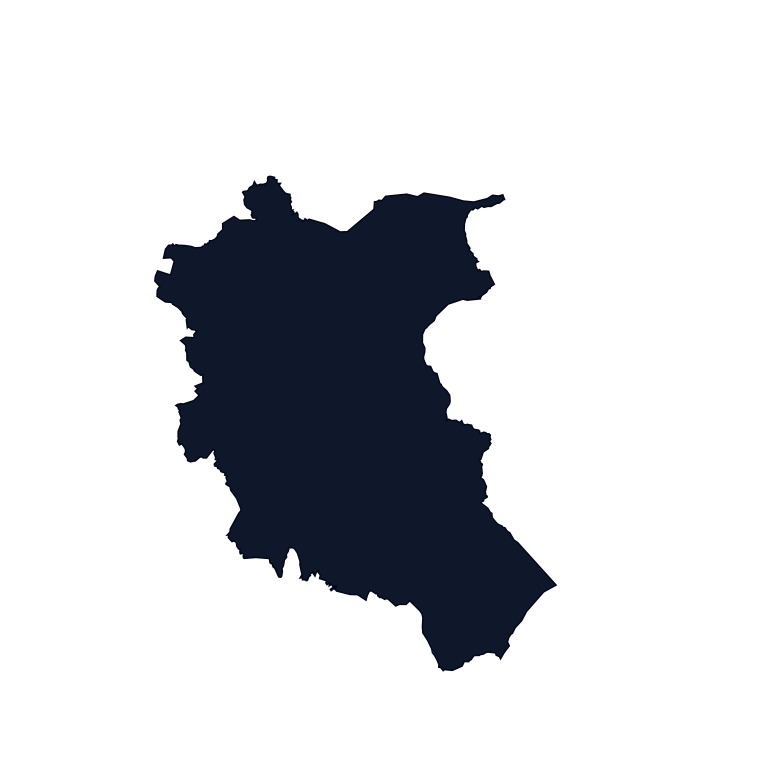 the district of Ixtacamaxtitlán, Puebla, Mexico, rotated 215°
{"feature_id": "50627088B57019790335861", "entity_name": "Ixtacamaxtitlán", "entity_type": "district", "adm_level": 2, "iso_a3": "MEX", "parent_name": "Mexico", "parent_adm1": "Puebla", "projection": "albers", "projection_center": [-97.837, 19.598], "detail": "fine", "context": "isolated", "style": "filled", "palette": "ink", "viewbox_px": 768, "rotation_deg": 215, "n_neighbors": 0, "source": "geoboundaries", "source_scale": "gbopen_adm2", "svg_char_len": 6171}
<svg xmlns="http://www.w3.org/2000/svg" viewBox="0 0 768 768"><g transform="rotate(215 384 384)"><path d="M176.7,183.4L174.7,184.3L171.1,183.1L170.7,184.7L163.7,188.7L158.2,197.8L159.1,202.7L155.3,205.2L155.6,206.5L154.6,207.9L154.5,213.2L150.1,216.5L150.0,217.5L147.8,219.6L146.4,222.7L144.9,224.2L138.3,227.7L136.5,226.2L133.0,226.9L130.9,225.7L131.5,232.7L131.2,241.4L134.9,243.5L136.3,247.6L136.6,251.4L135.8,253.4L136.8,259.8L135.5,268.9L136.8,279.4L134.0,305.2L127.7,318.0L183.6,330.8L187.9,330.7L195.5,334.2L199.0,334.2L202.5,335.6L204.5,334.6L205.5,335.3L210.4,334.5L213.2,335.0L218.8,336.6L221.5,340.0L223.0,339.6L227.4,341.7L236.4,342.2L236.4,343.8L235.4,345.3L236.3,347.2L234.6,350.3L235.1,351.3L236.5,351.1L239.2,353.8L241.2,358.7L247.4,362.5L251.5,362.7L251.3,364.7L252.3,367.1L257.1,372.7L257.0,374.1L257.6,374.8L259.2,374.7L262.0,376.5L261.5,377.9L263.7,385.2L261.5,391.0L262.4,392.7L262.2,395.1L263.0,395.5L262.4,396.6L264.9,397.7L264.8,399.9L266.8,401.2L267.6,403.1L269.4,403.4L271.5,402.2L272.8,402.5L274.6,401.7L276.8,398.6L278.9,400.3L280.1,400.5L283.9,398.6L285.7,398.7L288.6,400.5L292.6,398.7L294.1,397.0L296.2,396.6L299.3,398.5L299.6,396.8L300.5,395.7L304.2,395.6L307.6,392.8L310.7,392.3L312.1,390.1L312.7,392.1L317.2,396.3L318.8,399.5L318.9,405.4L320.1,408.0L323.8,412.5L328.9,414.4L334.9,415.1L337.0,416.5L338.4,416.3L346.6,422.9L349.2,422.0L351.1,422.2L355.9,425.1L358.7,423.6L360.5,423.7L365.5,426.8L367.2,428.8L369.0,433.6L371.2,436.9L376.2,439.8L380.9,446.6L382.2,453.0L381.5,454.2L381.2,457.8L379.3,464.8L380.5,469.5L377.3,486.2L368.1,498.7L363.9,500.4L353.9,509.0L355.7,510.0L354.4,510.6L354.7,512.2L352.7,518.0L353.1,521.9L351.9,523.1L352.5,524.7L350.8,529.0L359.3,533.5L362.9,536.4L367.3,533.6L368.6,531.9L371.3,532.6L372.2,531.0L373.9,531.6L376.3,533.0L378.5,535.8L377.0,538.4L378.8,538.4L379.8,539.8L384.2,539.8L385.8,541.7L390.4,542.4L391.4,543.3L391.5,544.5L397.1,546.8L398.5,548.9L402.2,551.9L403.1,553.6L406.3,555.6L409.9,561.1L412.1,566.7L411.7,568.3L412.8,570.6L412.9,576.5L411.0,577.8L410.5,580.6L407.7,581.3L406.0,585.8L403.4,586.1L401.0,588.9L398.1,590.9L395.0,596.9L393.2,598.5L391.7,603.8L391.1,604.3L395.2,607.1L397.9,603.8L403.3,600.9L405.7,595.1L414.8,584.6L423.9,579.4L437.5,574.5L460.7,563.3L463.9,556.6L474.3,552.5L490.3,538.7L490.9,533.0L493.6,531.6L494.6,529.2L496.3,527.9L492.4,521.3L501.4,487.7L507.1,483.4L524.3,481.3L539.9,476.0L540.0,474.3L543.5,474.0L543.1,472.7L543.7,471.7L545.4,470.8L547.5,470.9L547.6,470.0L550.6,471.7L551.9,473.8L553.9,474.6L554.2,473.0L555.2,472.5L555.7,470.1L556.5,471.3L556.7,473.2L557.9,473.2L558.4,474.3L559.6,472.7L561.4,475.7L564.5,477.7L564.4,480.2L566.2,480.9L567.3,483.2L568.9,483.9L569.7,485.4L573.9,483.7L577.6,484.4L583.8,486.5L583.9,489.0L586.2,487.3L587.2,487.4L588.7,489.9L590.6,488.8L592.1,488.9L591.5,489.5L592.1,490.5L596.1,489.0L597.8,487.4L597.4,485.7L595.8,483.9L595.4,481.9L595.7,480.5L597.7,478.0L599.6,476.9L602.2,473.7L606.2,475.4L605.2,471.5L606.8,467.7L606.4,464.1L609.7,460.9L609.8,460.0L605.1,457.8L604.3,454.5L601.1,451.1L597.2,449.9L592.5,450.4L590.5,449.6L590.6,448.5L589.5,447.7L589.8,446.5L587.3,444.9L586.3,444.9L584.5,446.7L582.5,445.3L584.3,442.7L588.3,441.3L596.0,435.3L603.0,435.1L608.2,422.8L604.6,418.1L606.1,411.3L605.1,409.5L605.4,406.2L607.3,402.4L609.1,401.3L608.4,399.7L609.2,398.3L608.8,397.2L611.0,396.0L610.7,393.7L611.8,392.5L611.8,391.2L616.6,387.3L621.0,386.0L626.9,383.0L632.0,379.7L632.1,378.2L632.4,379.6L634.3,378.9L635.0,376.6L637.3,377.5L637.3,376.2L640.0,374.1L640.3,369.1L636.8,360.6L630.9,365.3L626.2,364.3L621.4,350.8L634.3,346.8L633.1,341.2L630.8,336.9L623.3,335.2L623.9,333.1L623.4,330.6L620.2,325.6L610.3,325.8L604.7,329.0L602.8,328.2L596.6,328.6L590.1,327.4L590.1,326.6L588.5,325.9L583.2,324.8L582.4,323.8L582.8,323.3L577.4,317.3L577.4,318.1L575.9,318.6L572.4,318.4L570.6,319.6L567.9,320.1L568.1,315.3L566.5,313.7L566.7,312.6L573.2,308.6L575.5,302.9L569.1,302.2L567.2,300.5L565.9,297.9L563.3,296.4L559.0,290.4L556.5,290.4L552.3,287.0L547.4,286.9L546.9,286.5L547.9,286.4L546.7,286.0L539.2,286.0L537.8,287.6L532.8,281.0L537.5,273.9L533.8,273.2L534.6,269.8L528.9,268.7L530.4,261.1L537.0,252.4L539.2,251.3L541.4,248.9L542.2,247.0L539.7,247.0L537.9,245.6L536.0,245.2L536.0,243.7L530.6,240.0L530.2,237.5L527.4,234.9L525.5,227.3L522.3,222.5L521.2,221.8L520.2,218.6L516.6,216.7L515.3,219.1L511.3,217.7L509.4,216.8L507.6,214.7L507.1,211.9L502.5,210.4L500.9,208.6L498.0,209.2L494.4,212.8L492.9,218.5L491.2,220.0L489.8,219.7L487.0,221.6L486.5,232.6L483.8,231.9L483.6,229.9L479.6,227.2L478.9,225.4L477.4,226.0L476.3,225.6L477.1,221.0L475.7,219.8L472.6,220.7L471.8,219.5L469.5,220.2L467.3,218.7L463.0,220.0L462.2,218.0L460.0,218.4L459.6,216.6L456.3,214.4L456.5,212.0L455.9,211.2L451.1,211.5L448.6,209.1L439.1,205.8L429.5,199.6L428.6,198.1L428.8,194.8L426.8,177.0L425.2,174.4L425.8,170.3L424.7,171.3L423.3,168.8L418.1,167.7L417.1,169.2L415.2,169.7L413.9,169.3L411.5,166.7L408.5,165.5L406.3,165.6L406.0,164.1L404.7,162.7L404.2,162.5L402.3,164.6L400.7,163.3L400.7,162.4L399.5,161.1L398.6,160.9L389.5,168.4L377.8,175.3L374.7,172.1L372.0,172.4L370.1,170.6L367.8,170.5L359.6,165.6L357.8,166.4L357.5,167.4L358.6,169.9L359.9,172.5L361.7,174.1L362.2,177.5L364.7,182.9L364.4,186.1L366.4,188.7L366.5,191.9L367.3,194.1L368.0,194.4L367.6,195.5L364.5,197.7L362.3,197.6L358.0,195.9L350.8,190.4L349.3,187.8L341.8,180.8L341.5,177.0L340.0,178.6L338.5,176.9L335.9,178.5L335.1,178.3L335.0,179.5L334.5,178.8L334.1,179.2L335.1,183.2L334.4,184.9L335.7,185.6L334.1,189.5L332.7,188.7L333.0,188.1L330.4,187.1L331.3,190.0L330.6,193.7L329.1,191.8L326.4,190.8L325.2,187.7L318.7,189.7L317.5,189.1L317.6,187.8L315.6,187.0L314.6,189.7L313.1,187.2L312.2,189.8L309.6,188.8L308.0,191.3L310.2,185.0L308.8,184.4L306.3,191.6L307.2,187.9L304.1,187.2L291.2,192.1L284.7,196.3L274.7,196.6L276.4,201.1L277.2,206.1L275.4,207.4L270.4,207.5L269.2,208.5L267.5,206.9L264.9,206.7L264.2,207.6L259.9,208.0L259.3,209.2L257.5,210.2L247.1,208.9L245.1,212.2L239.5,216.1L238.6,221.2L224.9,218.9L221.0,217.5L217.8,214.5L213.4,207.3L209.4,202.4L201.3,199.1L193.1,194.5L190.0,191.5L187.2,190.8L181.8,188.1L178.0,185.6L176.7,183.4Z" fill="#0f172a" stroke="#020617" stroke-width="1.5"/></g></svg>